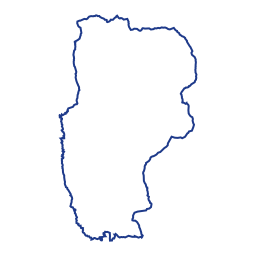 Nucsoara, Arges, Romania (Albers equal-area conic projection)
{"feature_id": "2599482B94508358599951", "entity_name": "Nucsoara", "entity_type": "district", "adm_level": 2, "iso_a3": "ROU", "parent_name": "Romania", "parent_adm1": "Arges", "projection": "albers", "projection_center": [24.784, 45.463], "detail": "fine", "context": "isolated", "style": "outline", "palette": "blue", "viewbox_px": 256, "rotation_deg": 0, "n_neighbors": 0, "source": "geoboundaries", "source_scale": "gbopen_adm2", "svg_char_len": 5708}
<svg xmlns="http://www.w3.org/2000/svg" viewBox="0 0 256 256"><path d="M142.2,236.9L142.7,235.5L141.9,234.8L141.3,233.8L141.2,232.4L139.9,228.4L139.3,227.5L139.1,225.4L137.2,222.2L135.4,220.7L133.3,220.6L132.4,220.3L132.4,219.1L133.1,217.9L133.1,215.5L134.5,212.7L137.6,211.6L146.1,210.4L146.9,209.0L149.2,208.6L151.0,207.1L151.5,204.0L151.2,203.4L150.0,202.8L149.8,201.4L148.9,200.5L148.4,198.7L148.9,196.8L147.5,195.6L147.4,195.3L147.9,194.5L148.0,193.6L147.8,193.1L147.7,191.7L147.1,190.0L147.4,188.6L147.3,187.8L146.9,187.9L146.2,186.4L145.7,184.3L144.8,183.1L143.9,181.0L143.7,175.5L143.1,173.2L143.3,172.0L143.8,171.3L144.4,169.4L144.7,168.0L144.7,166.3L145.3,164.9L145.8,164.6L146.1,163.6L146.0,163.0L149.0,160.9L150.1,159.3L150.4,158.0L150.8,157.3L152.3,156.4L153.5,156.2L155.6,155.1L156.5,154.5L158.1,152.7L160.3,152.0L164.4,148.0L166.3,146.8L167.7,145.3L167.9,143.4L171.6,136.7L174.8,137.7L177.7,137.9L180.7,137.4L182.2,138.2L184.9,136.9L185.4,136.3L187.4,133.3L188.3,132.9L188.9,131.5L191.9,130.7L193.2,127.4L194.0,124.7L193.3,123.3L192.6,120.7L192.9,119.0L192.3,117.2L191.1,116.6L190.0,115.6L188.7,113.5L188.4,110.3L188.7,106.0L188.2,104.7L186.7,103.4L186.6,103.0L185.7,103.8L183.3,102.5L182.4,102.6L182.2,102.3L182.6,101.3L182.6,99.8L182.3,98.6L181.9,97.9L181.9,96.4L181.6,95.7L181.6,94.9L180.8,93.8L181.6,92.1L184.4,88.3L185.3,88.1L185.9,87.5L186.8,87.6L188.5,87.1L188.9,86.1L190.1,85.8L191.3,84.3L194.7,82.2L195.1,80.7L196.0,79.6L196.0,78.8L196.3,78.1L196.2,77.1L196.0,76.7L196.4,74.5L195.5,72.4L195.5,70.9L195.3,69.9L195.6,68.4L195.5,67.0L195.7,66.5L195.6,65.3L195.9,62.0L195.6,60.9L195.7,59.5L194.7,57.1L192.0,54.8L191.4,52.9L192.4,51.1L190.3,46.8L189.9,46.5L187.3,42.3L186.9,41.5L187.0,40.9L185.1,38.5L185.1,37.9L183.7,36.8L182.0,36.2L180.5,35.0L179.7,34.7L179.2,33.2L177.2,31.8L177.0,30.9L176.5,30.8L175.3,29.9L173.8,27.9L169.9,29.4L168.2,29.1L166.5,28.0L165.0,27.5L163.1,27.7L161.8,27.4L159.6,28.2L158.1,27.9L156.6,28.4L154.5,28.3L153.7,29.1L150.9,29.5L149.2,28.4L145.0,28.6L142.8,28.2L142.4,28.4L141.6,29.8L140.6,30.7L139.9,30.8L138.8,30.3L137.1,28.9L134.2,28.7L132.8,29.6L130.8,29.9L129.0,26.8L128.5,24.7L128.8,23.6L128.4,22.7L128.6,21.8L127.3,18.9L123.7,19.6L122.4,18.5L120.9,18.0L119.9,18.5L118.8,18.0L117.1,15.7L116.2,16.4L115.9,17.3L114.9,17.7L112.9,19.8L110.7,19.7L110.6,20.3L109.4,21.4L107.6,22.1L106.9,21.8L106.7,20.0L105.6,19.7L104.9,19.8L103.8,18.6L101.7,17.9L99.9,16.8L99.3,16.0L97.7,16.1L96.7,15.4L95.6,15.5L95.0,16.1L94.0,16.0L93.2,16.3L91.1,16.1L89.2,16.6L88.0,17.8L87.7,18.4L86.6,19.2L84.3,18.9L80.2,20.7L79.6,20.6L77.4,21.5L77.2,23.2L78.3,26.1L79.3,27.1L80.5,27.7L81.4,33.0L80.7,34.1L80.7,35.4L80.3,36.1L79.6,38.6L77.7,40.1L74.9,41.6L75.3,42.5L75.0,42.6L75.2,43.0L75.0,43.8L75.3,44.4L75.1,44.9L75.4,46.2L75.1,49.0L75.2,49.3L74.1,50.7L73.4,54.9L73.6,55.2L73.6,55.9L74.0,57.1L73.9,57.4L74.1,58.5L73.8,59.8L74.0,60.2L73.7,61.4L73.8,63.6L74.3,66.2L74.9,66.9L76.3,71.8L76.0,73.4L75.5,73.9L76.0,75.5L75.6,77.4L76.4,80.9L77.5,83.9L77.9,84.3L78.0,85.1L78.9,86.8L79.1,87.7L79.0,88.8L79.3,89.5L79.4,90.1L78.9,90.4L78.2,92.7L78.3,93.1L77.6,95.0L77.4,98.1L76.8,99.2L76.6,100.7L77.4,103.4L76.9,104.2L75.6,104.3L73.9,105.2L73.2,106.6L72.8,106.9L68.3,108.4L67.5,110.1L68.0,110.9L67.9,111.3L67.0,111.6L66.9,112.5L65.4,112.8L65.7,113.7L63.6,114.5L63.3,114.9L62.5,115.1L61.9,114.6L61.8,115.5L61.5,115.9L59.7,115.2L59.6,115.5L59.8,115.9L59.7,117.1L60.0,117.5L60.4,117.4L62.0,118.5L62.0,119.1L61.3,119.5L61.5,120.3L61.1,121.2L61.1,121.6L61.6,122.3L61.8,124.3L62.3,124.6L62.3,125.4L61.9,126.5L62.4,127.2L63.0,129.0L62.9,129.5L61.7,130.3L62.5,131.6L63.7,132.4L63.7,132.9L64.1,133.5L64.3,135.0L64.2,135.5L63.6,135.9L64.1,136.4L64.2,138.3L63.3,138.4L62.4,137.8L61.7,138.4L60.7,138.5L61.3,139.2L61.7,140.5L62.3,140.9L62.5,141.4L62.3,142.1L61.4,142.4L61.3,142.7L62.2,143.7L62.4,144.8L62.7,145.1L62.4,146.2L62.7,147.6L62.3,148.5L62.5,149.0L63.5,149.6L63.3,150.2L62.7,150.6L62.5,151.3L63.0,151.7L63.9,151.5L64.1,151.7L63.2,152.8L63.1,153.3L63.2,154.3L62.3,154.8L62.7,155.5L61.8,156.2L62.1,156.7L63.4,157.3L63.2,158.2L61.8,159.0L62.0,160.0L61.8,160.9L62.1,161.5L61.9,163.3L62.6,164.5L62.7,165.8L62.2,166.7L62.6,167.6L62.4,168.2L62.8,168.8L63.0,172.3L63.5,174.2L64.2,175.3L64.2,177.4L64.6,180.3L65.0,181.9L64.8,183.7L65.2,185.1L65.6,185.8L65.9,187.1L67.2,187.8L67.4,189.1L68.2,189.9L70.7,194.1L70.8,194.5L70.3,195.4L71.6,196.3L71.6,196.9L72.0,197.5L72.2,198.9L71.6,200.3L71.6,202.0L71.2,203.4L70.9,203.9L70.9,204.8L70.4,206.2L71.3,207.1L72.8,207.3L73.9,209.4L74.0,209.9L74.7,209.9L74.9,209.4L75.4,209.6L75.4,210.4L74.5,211.3L75.0,212.4L74.9,213.3L75.7,214.0L76.0,215.7L76.9,217.1L77.0,217.5L76.1,218.6L76.2,219.3L76.8,220.4L76.4,221.0L76.5,223.1L77.8,223.5L78.0,224.3L78.6,224.2L78.7,225.4L79.8,225.9L80.6,225.7L80.9,227.9L81.2,228.1L82.0,227.9L83.0,228.1L82.8,229.3L83.1,230.0L82.8,230.8L82.7,231.6L82.9,232.4L84.2,233.1L85.4,235.2L86.0,235.7L87.1,235.6L87.5,236.3L87.8,236.4L89.1,236.3L89.9,237.6L91.3,237.7L91.5,238.3L91.4,239.6L92.9,239.1L94.2,238.0L94.8,238.0L96.3,238.8L97.6,239.1L99.4,238.0L100.8,240.1L101.3,240.4L101.9,240.3L102.1,239.2L101.5,237.5L101.0,237.1L102.5,237.0L103.9,236.4L105.4,236.3L104.6,235.3L104.7,235.1L104.0,234.9L103.5,234.1L104.1,233.8L103.8,233.0L104.7,232.8L104.8,232.3L105.1,232.2L105.2,231.8L106.2,232.0L107.5,231.9L109.8,232.9L110.0,236.9L110.6,237.0L110.1,237.1L109.8,237.9L110.0,240.6L112.0,240.5L112.2,239.5L113.1,238.3L113.6,238.2L114.0,238.5L114.4,238.0L115.0,236.2L114.8,235.7L114.9,235.0L114.6,234.6L115.4,234.6L115.7,234.0L116.7,234.8L118.2,236.6L119.7,237.5L121.2,237.0L122.6,237.2L123.7,237.0L125.2,237.4L128.6,235.8L132.2,236.8L134.8,236.8L134.8,236.1L138.5,237.6L141.1,236.7L141.7,237.5L142.2,236.9Z" fill="none" stroke="#1e3a8a" stroke-width="2"/></svg>